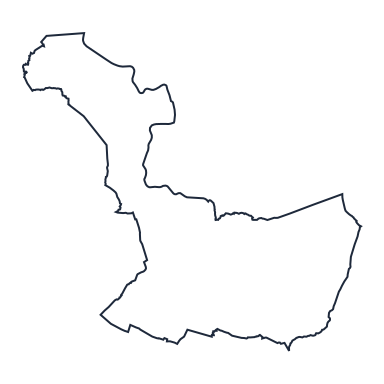 Tingüindín, Michoacán, Mexico
{"feature_id": "50627088B1844549106246", "entity_name": "Tingüindín", "entity_type": "district", "adm_level": 2, "iso_a3": "MEX", "parent_name": "Mexico", "parent_adm1": "Michoacán", "projection": "orthographic", "projection_center": [-102.513, 19.806], "detail": "fine", "context": "isolated", "style": "outline", "palette": "slate", "viewbox_px": 384, "rotation_deg": 0, "n_neighbors": 0, "source": "geoboundaries", "source_scale": "gbopen_adm2", "svg_char_len": 5910}
<svg xmlns="http://www.w3.org/2000/svg" viewBox="0 0 384 384"><path d="M342.3,194.1L312.7,204.9L289.7,213.6L277.8,217.8L276.5,217.9L274.2,217.8L267.4,220.0L263.7,218.7L262.5,218.6L261.3,218.0L259.3,218.3L258.5,218.6L257.0,219.9L253.3,219.9L252.4,219.7L252.1,218.6L252.9,217.5L251.9,216.8L251.1,215.8L249.3,215.6L247.8,214.6L246.3,214.1L245.9,213.6L245.4,213.4L244.9,213.4L244.3,214.0L243.1,213.1L241.7,212.8L240.3,213.0L238.9,213.8L237.4,213.1L236.1,212.8L235.5,212.9L234.8,212.6L234.2,212.7L233.9,213.7L233.3,213.3L232.9,213.4L232.8,213.8L230.8,214.6L228.1,213.6L225.8,213.3L224.0,215.4L223.0,215.3L222.8,215.9L221.7,215.6L220.7,216.1L220.7,216.7L219.9,218.3L219.0,218.6L218.1,219.9L216.9,219.6L216.4,219.9L215.6,220.0L215.4,219.1L215.8,218.0L215.8,217.4L215.2,215.6L215.0,213.6L215.1,212.4L214.5,210.0L214.8,209.4L214.5,208.4L214.5,206.9L213.5,203.1L210.8,200.6L209.9,200.2L209.5,200.3L208.7,200.8L208.2,201.6L206.6,199.8L205.0,198.8L203.4,198.3L187.0,197.3L184.8,196.3L180.7,193.4L180.1,193.1L178.4,193.2L176.0,194.3L174.4,194.1L173.3,193.3L167.7,186.5L166.7,185.9L165.4,185.6L163.0,185.9L161.6,186.7L160.2,187.1L158.3,187.1L154.9,186.8L150.0,187.3L149.2,187.2L147.6,186.4L146.7,185.5L145.9,184.4L144.6,181.0L144.3,179.8L144.4,178.9L145.0,177.8L145.9,175.2L146.2,172.9L146.0,170.5L145.5,169.1L143.1,165.4L143.1,164.2L146.9,153.1L148.1,150.4L148.5,147.5L148.4,145.3L148.8,143.8L151.1,139.9L151.8,137.7L151.8,135.2L149.9,130.5L150.0,127.9L151.8,125.4L154.0,124.5L156.1,124.1L162.0,123.9L168.7,124.0L170.6,123.7L173.9,122.6L174.3,121.2L175.0,114.9L174.6,109.8L173.0,102.6L172.4,101.8L171.0,101.1L169.5,95.2L167.4,89.7L166.5,85.9L165.9,85.2L164.4,84.6L163.2,84.7L160.8,85.9L159.4,87.0L155.9,89.0L153.3,89.9L152.0,89.9L147.7,88.7L146.4,88.8L145.3,89.4L144.9,89.8L143.4,92.3L142.7,92.9L141.5,93.1L140.4,93.0L139.6,92.5L138.7,91.2L137.2,88.1L135.1,84.8L133.0,82.1L132.6,81.2L132.4,78.6L133.7,74.4L134.3,71.6L134.2,69.9L133.1,67.8L131.8,66.7L130.1,66.2L122.7,66.6L119.6,66.2L117.5,65.6L113.9,64.2L111.5,63.0L106.3,59.6L86.6,46.3L84.1,43.6L83.2,41.1L83.0,40.0L83.2,37.9L84.1,33.1L46.5,35.9L41.2,42.0L42.4,43.4L42.8,44.3L43.1,44.6L43.6,44.6L44.0,46.3L42.3,45.7L35.4,50.1L34.6,50.9L34.0,53.0L32.4,53.7L30.9,52.8L30.2,55.7L29.9,56.2L29.3,56.1L29.5,58.2L29.1,58.6L29.4,60.1L28.4,60.7L28.3,62.0L27.9,62.5L28.3,63.6L28.0,64.7L26.9,64.5L25.7,63.9L25.4,64.8L23.8,64.8L23.1,66.0L23.0,67.3L23.7,68.8L23.9,71.5L26.3,71.7L26.7,72.4L26.2,73.0L25.0,73.1L24.5,73.8L24.9,73.9L24.9,74.4L24.2,76.9L24.4,76.9L27.3,83.3L32.4,90.8L33.1,90.4L33.5,89.9L35.1,90.1L36.0,89.6L38.2,89.5L39.7,89.7L40.5,90.1L41.0,89.6L42.6,89.5L43.1,89.9L44.2,89.4L45.9,88.0L47.3,88.1L49.5,87.5L51.7,88.2L53.2,88.2L53.7,88.0L54.3,88.2L55.2,88.2L56.7,88.7L57.6,88.4L59.1,88.6L59.7,89.0L61.0,89.0L61.3,89.5L61.4,90.8L62.3,92.2L62.4,94.6L62.7,95.5L64.1,95.7L65.0,96.6L65.4,96.2L65.7,96.2L65.9,96.7L65.9,97.3L66.5,98.2L68.5,98.7L68.6,100.7L68.4,101.2L68.5,102.1L68.4,103.8L69.1,104.5L68.8,104.7L83.7,116.2L106.6,145.1L107.3,158.7L107.9,163.9L107.9,165.6L107.1,167.3L107.1,168.1L107.8,171.1L107.2,175.4L106.8,176.5L105.9,176.9L105.8,178.1L105.4,179.3L105.5,181.3L105.2,182.3L105.7,183.9L105.3,185.1L109.8,187.7L113.5,190.5L115.6,192.4L116.4,193.7L117.3,197.0L118.7,199.2L119.6,201.1L120.0,203.4L121.1,204.0L120.7,205.2L119.7,206.5L120.5,207.5L120.2,209.1L119.9,209.5L118.5,209.7L118.2,210.6L117.9,211.0L116.0,212.0L117.6,212.6L123.1,213.1L125.8,212.8L127.5,213.5L131.3,213.3L132.9,212.5L135.2,219.4L136.3,219.3L139.0,227.8L140.0,232.6L139.9,233.9L140.2,240.2L140.5,241.2L142.2,244.2L147.1,260.1L144.0,262.1L145.8,266.9L146.0,268.3L145.5,269.6L144.1,271.1L143.3,271.6L141.0,272.4L137.6,274.2L137.1,275.0L135.2,280.3L131.7,281.6L131.3,281.8L131.2,282.6L130.9,283.0L130.1,282.9L129.1,283.7L128.7,284.3L127.8,284.4L127.2,284.7L125.0,288.4L122.2,293.7L121.2,294.8L121.0,295.4L121.3,295.6L121.0,295.8L120.8,296.5L120.1,297.3L119.5,297.5L119.5,298.1L117.7,299.6L116.5,299.4L114.8,300.4L108.7,307.0L104.6,310.6L100.6,314.8L110.9,323.8L121.2,329.3L125.0,331.0L125.5,331.1L128.1,332.0L130.3,324.9L136.2,327.5L139.1,328.5L140.3,329.6L152.3,336.6L156.9,338.2L158.6,338.5L158.9,338.5L159.0,338.3L163.3,339.7L164.4,338.1L167.2,339.2L166.9,341.4L170.0,341.3L174.6,342.6L177.2,343.9L179.1,340.9L180.5,339.2L184.1,336.6L187.4,329.7L211.4,336.6L211.3,336.3L211.8,336.0L211.7,335.3L212.0,334.7L212.4,334.6L212.9,335.2L213.8,335.2L213.6,334.3L212.9,333.6L212.8,332.5L213.4,331.7L213.3,331.3L213.9,331.2L214.4,331.6L215.2,330.7L216.6,330.8L216.6,330.2L216.2,329.7L217.4,328.9L220.4,330.5L221.6,330.7L224.1,331.8L226.8,332.7L228.1,332.9L232.1,335.7L241.6,337.9L244.1,338.0L246.5,338.5L247.4,338.1L247.8,337.4L250.6,337.4L254.7,337.1L255.3,336.7L256.2,336.7L256.6,336.3L257.3,336.4L257.9,336.1L258.5,336.1L259.5,335.0L259.9,334.9L262.5,337.1L262.2,337.4L262.2,338.5L263.0,338.1L263.5,338.2L265.2,337.6L266.4,337.6L277.5,343.1L278.7,342.5L279.8,342.5L280.9,343.8L284.5,342.9L289.1,350.9L289.0,347.7L289.2,346.6L290.3,344.7L290.3,343.8L290.5,343.3L291.1,343.0L291.7,342.1L292.4,340.6L294.9,339.2L296.5,337.8L297.5,337.6L298.3,337.1L299.7,336.9L302.4,337.4L304.0,336.5L306.5,336.7L308.1,335.9L309.3,335.8L310.5,335.1L312.7,335.7L313.5,335.7L315.1,335.2L315.6,334.7L315.9,333.4L316.6,333.2L318.3,333.4L319.8,332.6L320.8,331.9L321.5,331.2L322.1,329.8L322.8,329.8L323.9,329.3L326.9,326.6L327.1,324.7L327.5,323.0L328.3,321.7L329.8,320.4L330.0,319.7L329.9,318.3L328.6,317.0L329.0,312.9L330.1,311.1L332.0,310.2L333.1,309.1L333.7,306.2L335.0,303.2L338.9,291.6L340.2,289.5L342.0,285.7L344.3,281.5L347.5,276.8L347.7,274.4L348.9,268.9L349.8,268.2L350.5,266.9L350.3,264.4L350.9,256.8L354.7,244.3L357.6,236.4L358.5,232.0L359.6,229.4L359.9,227.2L361.0,226.3L359.1,225.3L357.1,223.2L356.2,221.8L356.7,221.0L353.9,218.3L353.6,217.5L352.6,216.8L351.8,215.9L350.9,215.5L349.1,214.2L346.7,212.0L345.5,210.7L344.8,208.5L342.8,199.9L342.4,197.4L342.3,194.1Z" fill="none" stroke="#1e293b" stroke-width="2"/></svg>